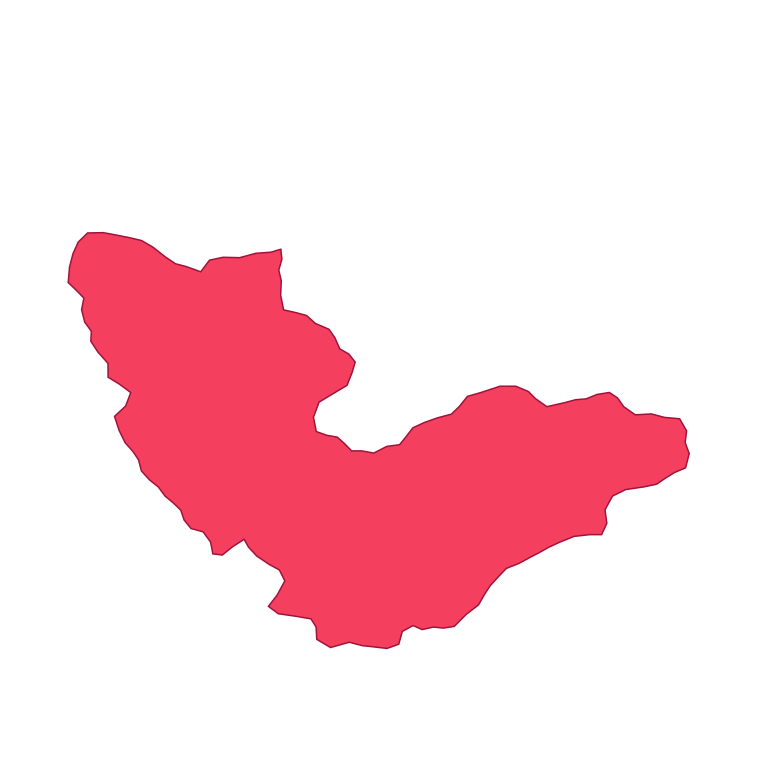 the district of Divinolândia de Minas, Minas Gerais, Brazil, rotated 248°
{"feature_id": "56859067B83999071532050", "entity_name": "Divinolândia de Minas", "entity_type": "district", "adm_level": 2, "iso_a3": "BRA", "parent_name": "Brazil", "parent_adm1": "Minas Gerais", "projection": "robinson", "projection_center": [-42.571, -18.8], "detail": "fine", "context": "isolated", "style": "filled", "palette": "rose", "viewbox_px": 768, "rotation_deg": 248, "n_neighbors": 0, "source": "geoboundaries", "source_scale": "gbopen_adm2", "svg_char_len": 2007}
<svg xmlns="http://www.w3.org/2000/svg" viewBox="0 0 768 768"><g transform="rotate(248 384 384)"><path d="M454.9,122.0L440.1,121.0L426.5,122.0L415.6,125.9L405.7,128.0L394.2,126.5L382.8,130.7L373.0,136.2L362.1,139.0L352.2,144.3L343.1,148.3L332.8,147.7L322.3,150.9L314.7,160.9L302.4,164.0L290.6,161.7L286.0,170.0L289.7,182.1L292.4,196.1L283.4,197.3L272.1,201.6L259.8,209.9L250.8,217.3L238.6,218.3L228.3,205.8L221.1,193.5L210.6,199.9L202.1,214.5L193.6,228.3L184.2,230.0L172.4,226.0L159.7,235.7L157.6,255.0L149.5,265.9L144.0,276.2L137.7,287.7L137.2,300.2L147.7,308.3L149.2,320.4L142.0,327.4L140.1,338.8L135.5,347.5L132.9,358.3L139.6,374.0L143.8,388.9L151.4,398.6L157.1,406.7L162.4,417.7L167.2,428.5L167.1,442.1L168.5,454.2L169.5,464.6L170.9,475.4L171.5,487.3L171.5,503.2L167.2,518.5L162.8,529.3L171.3,538.4L184.6,541.8L194.5,553.9L195.6,568.5L191.2,586.6L189.0,599.5L191.2,609.3L193.1,620.1L193.3,632.2L205.1,640.9L216.9,641.3L227.2,647.0L241.0,645.1L248.0,631.5L256.1,620.7L261.3,605.4L273.1,597.8L283.6,595.3L291.7,589.8L294.5,577.7L294.5,565.8L297.6,556.0L299.1,544.1L302.0,526.5L313.8,518.9L322.9,515.1L332.6,505.3L338.5,490.7L339.8,470.5L341.3,456.8L335.0,445.5L330.8,435.1L332.6,420.9L333.2,406.9L332.6,394.4L327.1,385.1L321.9,375.7L325.1,363.2L323.8,348.6L330.4,338.2L334.1,328.9L343.7,325.0L352.2,320.8L357.9,311.7L365.3,303.4L379.7,306.2L391.5,317.0L393.9,331.8L396.6,349.2L406.9,359.0L415.1,365.5L425.0,362.6L433.1,356.2L445.3,355.8L455.3,353.5L465.8,343.1L476.6,337.8L483.3,328.9L490.3,318.7L505.0,321.4L518.1,327.4L529.0,329.1L538.0,336.1L547.6,338.8L548.6,328.4L553.2,314.2L555.2,297.5L561.8,282.2L564.2,268.6L556.7,256.1L567.0,244.6L573.6,235.7L584.0,228.7L597.3,221.1L607.8,213.0L614.4,203.7L621.8,192.5L629.5,180.4L635.1,165.7L630.1,153.6L621.4,144.5L610.2,136.2L596.3,129.2L586.9,133.5L576.1,137.9L566.1,131.4L553.4,129.7L542.5,132.4L533.5,128.2L520.7,130.7L506.5,135.8L493.6,130.7L483.3,138.4L470.9,146.0L460.4,136.2L454.9,122.0Z" fill="#f43f5e" stroke="#9f1239" stroke-width="1.5"/></g></svg>